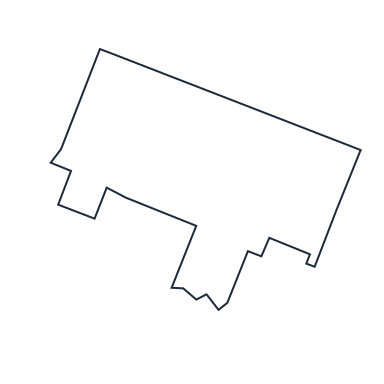 Forest, Pennsylvania, United States of America, rotated 21°
{"feature_id": "52423323B60692344141753", "entity_name": "Forest", "entity_type": "district", "adm_level": 2, "iso_a3": "USA", "parent_name": "United States of America", "parent_adm1": "Pennsylvania", "projection": "orthographic", "projection_center": [-79.21, 41.475], "detail": "fine", "context": "isolated", "style": "outline", "palette": "slate", "viewbox_px": 384, "rotation_deg": 21, "n_neighbors": 0, "source": "geoboundaries", "source_scale": "gbopen_adm2", "svg_char_len": 455}
<svg xmlns="http://www.w3.org/2000/svg" viewBox="0 0 384 384"><g transform="rotate(21 192 192)"><path d="M334.4,92.4L64.2,91.5L54.8,91.6L54.4,198.8L49.6,215.3L71.5,215.7L71.6,251.8L110.6,251.8L110.8,218.5L132.3,221.0L208.1,222.1L207.3,288.7L218.3,285.1L234.6,290.9L242.2,282.3L259.0,292.5L264.7,282.8L265.4,227.2L279.8,227.2L280.6,207.1L324.4,207.9L324.4,217.9L333.3,217.8L333.3,158.3L334.4,92.4Z" fill="none" stroke="#1e293b" stroke-width="2"/></g></svg>